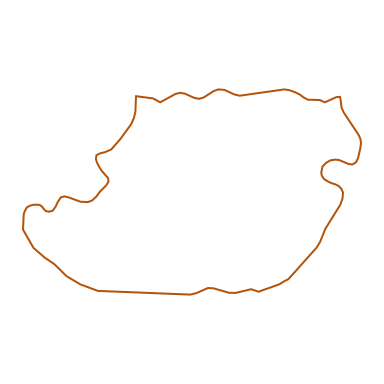 an SVG outline of Tizi Ouzou
{"feature_id": "DZA-2197", "entity_name": "Tizi Ouzou", "entity_type": "Province", "adm_level": 1, "iso_a3": "DZA", "parent_name": "Algeria", "parent_adm1": "", "projection": "mercator", "projection_center": [4.213, 36.689], "detail": "fine", "context": "isolated", "style": "outline", "palette": "amber", "viewbox_px": 384, "rotation_deg": 0, "n_neighbors": 0, "source": "natural_earth", "source_scale": "10m", "svg_char_len": 1416}
<svg xmlns="http://www.w3.org/2000/svg" viewBox="0 0 384 384"><path d="M136.1,96.2L153.0,98.4L160.2,102.3L175.6,93.9L180.4,92.8L184.9,93.7L194.3,97.9L199.2,98.8L203.8,97.4L213.6,91.1L218.3,89.4L224.4,89.9L234.5,94.5L239.8,95.7L284.3,89.4L288.9,90.1L294.5,92.0L299.7,94.5L303.3,97.2L307.7,99.7L319.7,100.0L324.9,102.3L336.4,97.1L340.0,96.9L340.7,100.2L341.5,107.5L343.8,112.6L359.0,135.5L360.4,139.0L361.0,143.0L360.4,147.8L358.1,158.0L356.0,162.3L352.3,164.5L348.3,163.9L339.3,160.1L335.3,159.6L330.3,160.4L326.0,162.9L322.5,166.6L321.3,172.4L321.7,175.5L324.1,179.1L327.6,181.3L331.4,183.1L335.2,184.3L338.5,185.9L341.2,188.6L343.0,192.5L342.5,198.6L340.3,204.7L325.3,228.9L320.2,241.7L316.6,247.6L289.1,278.4L287.8,279.5L284.3,281.2L279.1,284.4L258.5,291.7L251.2,289.2L235.8,292.9L229.1,292.8L213.4,288.3L208.0,288.0L196.2,293.2L190.3,294.6L97.9,290.9L80.4,284.4L66.6,276.2L54.4,264.2L44.7,257.6L33.5,247.9L23.0,229.6L23.7,214.3L24.8,211.0L27.1,207.2L29.9,205.7L33.0,204.9L36.4,204.6L39.8,205.0L42.2,206.8L43.9,209.2L45.9,211.1L49.1,211.7L52.7,210.7L55.6,206.7L57.6,202.3L61.0,197.2L64.7,196.4L68.7,197.4L80.4,201.7L87.8,202.1L92.1,200.5L96.4,196.5L100.0,191.6L106.4,185.2L108.5,181.5L108.1,178.1L101.9,171.1L98.8,166.2L96.8,162.2L95.9,158.8L96.5,155.2L100.0,153.4L104.9,152.2L111.2,149.5L120.3,139.1L131.1,124.3L133.9,118.0L135.4,111.8L135.9,98.6L136.1,96.2Z" fill="none" stroke="#b45309" stroke-width="2"/></svg>